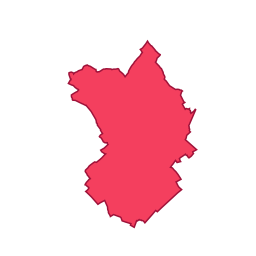 Chapab, Yucatán, Mexico (Robinson projection), rotated 40°
{"feature_id": "50627088B60332279598838", "entity_name": "Chapab", "entity_type": "district", "adm_level": 2, "iso_a3": "MEX", "parent_name": "Mexico", "parent_adm1": "Yucatán", "projection": "robinson", "projection_center": [-89.499, 20.5], "detail": "fine", "context": "isolated", "style": "filled", "palette": "rose", "viewbox_px": 256, "rotation_deg": 40, "n_neighbors": 0, "source": "geoboundaries", "source_scale": "gbopen_adm2", "svg_char_len": 3987}
<svg xmlns="http://www.w3.org/2000/svg" viewBox="0 0 256 256"><g transform="rotate(40 128 128)"><path d="M204.3,173.3L205.0,167.0L207.0,151.5L207.0,151.4L207.7,145.8L208.7,140.7L205.1,140.6L203.3,140.1L200.1,138.6L199.5,138.4L201.6,133.2L200.2,132.7L199.8,132.6L196.3,131.5L195.4,131.3L192.8,130.7L190.0,130.5L188.0,130.1L187.4,130.1L185.8,130.8L185.6,128.3L185.6,126.5L185.2,122.3L187.8,122.9L189.9,119.9L189.2,119.7L187.0,118.4L187.3,116.6L188.9,111.2L189.3,111.5L190.4,111.4L190.8,110.9L191.6,111.3L192.8,111.7L193.9,111.7L194.5,109.3L194.6,108.0L194.5,107.1L194.6,105.5L193.5,105.1L192.9,104.7L194.5,100.5L179.4,100.1L179.0,98.3L177.7,95.9L178.0,93.5L178.3,90.9L177.6,90.9L176.7,90.6L176.0,89.2L175.3,89.1L174.0,87.7L173.1,87.2L168.1,70.5L167.5,70.5L167.6,72.7L167.3,74.5L166.8,76.3L166.1,75.9L165.7,75.8L165.5,75.3L165.2,75.0L164.5,74.6L163.9,74.6L163.5,74.6L163.2,74.4L162.6,73.6L162.0,74.8L160.0,75.7L159.8,76.9L154.3,74.8L154.5,73.4L154.7,73.2L155.1,72.0L155.1,71.9L154.0,72.1L147.1,69.1L145.7,65.5L145.9,64.7L144.6,64.7L143.2,65.6L142.5,65.6L141.3,66.3L139.5,68.0L132.7,68.9L131.0,68.5L127.9,67.7L127.3,67.5L124.7,67.4L124.3,67.2L123.9,65.9L123.6,65.5L123.4,65.2L122.6,64.7L120.7,64.0L119.6,63.3L119.1,62.7L118.6,62.6L118.0,62.2L117.3,62.0L117.0,61.8L115.6,61.1L114.9,61.0L114.4,61.2L113.0,60.8L112.5,60.6L108.9,60.2L106.7,59.9L106.6,58.5L105.4,55.8L105.8,51.8L105.5,51.1L103.7,51.4L99.9,51.1L99.5,51.3L98.6,50.8L93.3,49.9L92.5,50.2L90.4,49.8L89.7,49.8L87.1,48.9L87.5,51.8L87.6,55.1L87.7,57.5L86.9,59.9L88.3,60.2L90.5,61.0L90.4,62.0L90.9,65.1L90.6,67.9L90.5,69.8L90.6,71.1L90.5,72.4L90.5,73.4L90.8,74.8L90.8,76.6L90.8,77.5L91.0,79.4L91.2,80.5L91.9,84.0L92.8,85.4L92.7,86.7L92.8,87.7L92.8,90.6L90.0,89.8L87.7,89.7L86.8,89.7L85.3,89.8L83.8,89.2L82.8,88.8L82.3,88.9L82.0,89.1L81.7,89.7L81.3,90.1L80.9,90.5L80.5,91.1L80.0,91.5L79.6,91.7L79.2,92.1L78.0,93.7L77.1,93.7L73.0,96.8L72.7,97.5L72.2,97.9L71.4,98.6L70.8,100.1L70.6,101.1L69.9,103.0L69.7,103.5L68.8,104.3L68.5,104.9L67.3,105.1L65.8,103.8L65.2,104.2L59.4,105.0L57.8,105.7L56.1,106.0L55.9,106.9L55.6,107.2L55.3,107.3L54.5,109.3L54.6,110.0L54.8,110.4L55.0,111.8L55.3,112.7L55.0,113.1L53.2,116.1L53.1,116.7L52.9,117.6L52.4,118.4L51.7,119.8L51.6,121.5L51.1,121.1L50.5,121.0L50.3,121.0L48.5,121.7L48.4,121.9L47.3,123.5L48.0,124.6L49.2,125.5L52.3,127.3L52.8,127.1L53.3,127.8L53.0,128.5L53.7,132.2L54.1,132.1L56.0,131.6L57.1,131.3L58.9,130.6L61.4,130.9L63.7,130.8L65.0,130.4L65.7,130.6L65.7,132.2L65.7,132.8L65.2,133.6L63.9,137.3L63.4,139.1L64.7,140.5L66.5,141.2L67.2,142.1L67.8,142.2L69.9,140.7L77.2,138.9L77.3,138.8L81.4,137.8L81.4,137.6L89.1,139.0L97.7,142.1L99.0,142.9L100.6,144.4L101.0,144.3L101.7,144.4L102.7,145.5L108.1,146.8L108.5,147.5L109.5,147.8L112.1,148.7L111.8,149.6L111.4,151.2L111.5,152.2L111.5,152.8L111.6,153.0L112.4,153.1L114.0,152.9L116.8,153.9L117.9,154.4L120.0,154.1L121.2,152.8L121.5,152.6L121.8,153.1L123.3,153.5L122.7,158.7L121.3,162.5L123.2,163.1L125.6,162.8L126.2,162.8L127.5,162.3L127.4,162.8L127.1,168.2L126.9,168.9L126.9,169.6L125.9,174.6L124.3,175.4L123.8,177.0L123.0,180.3L122.7,182.0L122.7,182.6L122.9,184.1L122.5,187.7L123.3,188.9L125.7,189.5L127.5,190.4L128.8,190.4L130.1,190.9L130.5,190.8L131.7,191.1L131.2,192.2L131.2,194.4L131.1,196.3L131.2,196.9L131.2,197.3L131.3,197.5L131.3,198.2L131.5,198.6L131.6,199.0L131.9,198.8L132.2,198.8L134.9,198.9L135.8,198.8L136.3,198.9L136.7,199.5L136.8,200.3L136.8,201.4L136.7,202.5L136.4,203.8L137.6,203.8L144.3,204.3L154.0,205.8L154.8,203.1L155.6,201.1L156.7,198.5L162.9,201.5L164.8,203.4L165.4,203.8L165.8,204.0L166.5,204.4L167.5,205.5L170.9,206.7L171.4,207.1L172.6,203.6L179.5,201.1L180.3,201.2L183.2,202.9L186.8,201.5L191.7,199.4L192.3,200.9L196.6,200.1L194.8,195.1L194.4,194.2L194.2,193.6L194.2,193.3L194.3,193.1L194.7,193.1L195.0,193.1L195.2,192.2L195.4,191.0L196.0,191.1L196.8,190.4L197.1,190.1L197.4,190.3L197.8,190.3L198.2,189.8L199.6,189.3L201.9,189.8L202.2,178.4L202.2,173.4L204.3,173.3Z" fill="#f43f5e" stroke="#9f1239" stroke-width="1.5"/></g></svg>